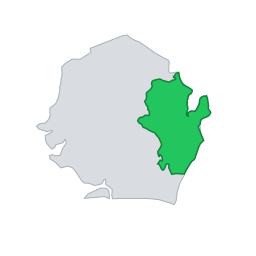 Eastern on a map of Sierra Leone (Albers equal-area conic projection), rotated 339°
{"feature_id": "SLE-790", "entity_name": "Eastern", "entity_type": "Province", "adm_level": 1, "iso_a3": "SLE", "parent_name": "Sierra Leone", "parent_adm1": "", "projection": "albers", "projection_center": [-11.073, 8.208], "detail": "fine", "context": "in_parent", "style": "filled", "palette": "green", "viewbox_px": 256, "rotation_deg": 339, "n_neighbors": 0, "source": "natural_earth", "source_scale": "10m", "svg_char_len": 5292}
<svg xmlns="http://www.w3.org/2000/svg" viewBox="0 0 256 256"><g transform="rotate(339 128 128)"><path d="M212.8,126.0L212.6,127.8L211.0,136.0L208.5,143.0L206.8,144.7L199.6,146.6L196.6,149.7L193.9,159.6L192.3,167.5L189.8,168.8L179.2,180.1L172.3,184.4L167.5,188.1L162.9,192.9L157.2,197.5L151.0,205.4L146.6,213.6L143.6,216.1L141.3,213.8L130.8,205.7L119.8,200.3L96.2,191.2L88.3,188.6L88.6,185.4L91.3,179.6L87.0,172.7L88.7,167.7L87.0,167.7L83.6,170.7L76.4,169.8L71.7,165.5L67.8,163.9L66.1,161.7L63.6,150.4L61.9,145.2L58.3,142.0L51.0,141.2L48.1,134.3L44.1,128.9L44.8,125.6L48.1,125.8L50.6,128.2L54.7,129.2L59.9,123.5L64.5,120.4L65.5,117.6L65.0,116.1L62.2,118.4L54.6,117.8L52.7,119.9L49.3,120.5L46.7,113.7L46.8,109.7L48.0,105.4L55.6,104.6L56.3,103.2L51.0,102.3L44.4,97.1L43.2,93.6L46.5,92.4L49.6,92.9L52.4,93.7L55.3,92.5L58.1,90.6L59.8,88.1L62.1,81.5L69.2,79.3L73.5,75.2L77.5,68.9L79.4,64.5L81.1,62.3L82.1,60.4L82.9,58.3L84.7,56.4L86.6,51.7L87.9,47.4L92.1,45.4L100.5,43.6L108.1,46.7L120.5,44.1L121.1,40.1L132.4,40.0L145.8,40.0L156.9,39.9L160.8,41.0L162.1,44.0L165.8,48.6L169.6,51.9L174.4,59.0L179.9,67.3L185.9,74.7L189.7,78.8L190.2,80.2L189.9,81.8L188.0,85.6L186.4,89.7L186.6,91.3L187.7,92.1L193.9,93.3L194.5,97.9L194.5,104.3L197.6,110.2L200.5,114.5L200.3,116.1L193.3,123.5L190.5,130.9L189.1,133.0L188.6,134.6L190.0,135.4L191.9,134.9L194.7,135.5L197.3,135.7L200.7,133.1L206.5,126.3L208.4,125.5L212.8,126.0ZM86.0,185.8L85.2,187.2L81.5,183.6L62.0,178.0L67.5,175.1L81.0,174.3L85.0,176.0L86.8,177.4L87.5,180.1L86.0,185.8Z" fill="#d9dde1" stroke="#a8b0b8" stroke-width="1"/><path d="M195.3,94.3L195.3,94.5L194.5,97.9L194.2,99.8L194.3,104.0L194.4,104.6L194.9,106.2L194.9,106.4L194.9,107.0L195.1,107.5L195.5,107.7L195.6,107.9L198.0,111.0L198.8,111.6L199.1,112.1L201.5,115.4L201.1,116.6L200.3,117.7L199.3,118.5L198.0,118.6L196.8,118.8L195.7,119.7L194.9,120.9L194.0,122.6L193.1,123.4L192.7,124.1L192.6,124.8L192.6,125.5L192.4,126.0L191.8,126.1L191.0,131.0L190.2,132.4L189.1,133.6L187.8,135.5L187.3,137.4L188.4,138.4L188.8,136.5L189.9,135.3L191.5,134.7L193.4,134.8L194.2,135.2L195.8,136.2L196.4,136.4L197.5,136.0L199.5,134.6L202.8,131.4L203.5,130.5L204.8,127.7L205.4,126.9L206.0,126.3L206.7,125.8L207.6,125.5L209.3,125.3L209.7,125.3L211.2,125.7L211.7,126.0L212.2,126.2L212.8,126.1L212.8,129.0L211.1,136.0L210.1,138.2L210.0,139.5L210.4,141.1L210.8,142.2L210.7,143.3L209.3,144.6L208.2,145.3L207.1,145.6L205.9,145.8L201.4,145.8L200.2,146.0L198.9,146.6L198.1,147.7L196.8,150.1L196.2,150.7L194.7,151.5L194.2,151.9L194.0,152.5L193.9,153.1L194.1,166.9L192.8,167.1L192.4,167.3L189.7,168.7L187.6,170.5L180.0,179.8L179.4,180.5L178.8,181.0L178.0,181.3L175.9,181.8L173.6,183.1L165.2,189.8L164.2,191.1L160.0,189.4L158.6,188.6L156.6,187.8L155.2,187.4L154.5,187.3L153.7,187.2L153.0,187.2L152.4,187.0L152.2,186.8L152.1,186.6L152.2,185.3L152.0,184.0L152.0,182.8L152.0,182.4L151.8,179.8L151.9,179.2L152.0,178.8L153.3,177.4L153.4,177.2L152.6,176.1L152.4,175.9L152.2,175.7L151.9,175.6L151.6,175.5L151.3,175.5L150.9,175.6L150.4,175.8L150.0,176.2L148.2,178.3L146.9,179.4L146.7,179.6L146.4,179.7L146.2,179.8L145.9,179.8L145.6,179.7L145.3,179.6L145.0,179.5L144.8,178.8L144.5,177.6L144.3,174.5L144.0,173.2L143.7,172.4L143.1,172.2L142.9,172.1L144.5,171.0L146.3,169.7L146.5,169.6L146.9,169.8L147.0,170.1L147.3,170.6L147.4,170.8L147.7,170.9L148.0,170.8L148.2,170.7L148.4,170.5L148.7,170.0L148.9,169.5L149.2,168.1L149.3,167.8L149.4,167.6L149.4,167.3L149.4,166.9L148.4,164.4L148.1,164.4L147.9,164.5L147.1,165.7L146.9,165.8L146.7,165.6L146.6,165.1L146.7,163.7L147.2,161.1L147.4,160.8L147.5,160.6L151.2,157.9L151.4,157.7L152.0,157.0L152.5,156.7L152.9,156.3L153.0,156.0L153.3,155.5L153.6,154.3L153.6,153.6L153.6,153.0L153.4,151.5L153.4,149.3L153.2,148.2L151.8,144.3L151.7,144.0L151.6,143.7L151.6,143.4L151.7,143.2L151.5,142.6L151.1,142.0L147.3,138.2L144.9,135.0L143.9,134.1L143.7,134.0L142.5,132.8L142.3,132.5L142.2,132.0L142.1,131.1L142.2,130.1L142.1,129.8L141.9,129.3L141.1,128.4L140.6,127.9L140.2,127.2L139.6,124.8L140.8,123.6L141.7,123.0L142.1,122.8L142.4,122.7L143.1,122.6L143.5,122.6L143.9,122.6L144.8,122.9L145.1,123.0L145.4,123.0L145.7,123.0L148.6,122.3L148.9,122.3L149.1,122.4L149.4,122.5L149.8,122.9L150.0,123.0L150.3,123.1L150.6,123.1L150.9,123.2L151.1,123.3L151.3,123.5L151.5,123.7L151.7,123.8L152.1,123.7L152.4,123.5L152.7,123.1L153.0,122.5L153.7,120.2L153.8,120.0L153.8,119.8L153.7,119.5L153.6,119.3L153.3,118.8L153.2,118.5L153.1,118.2L153.3,117.6L153.8,115.9L153.9,115.3L153.9,114.9L153.9,114.6L153.7,114.3L153.4,113.9L153.3,113.6L153.3,113.3L153.3,111.9L153.1,109.4L153.2,109.2L153.3,109.0L153.6,108.7L154.9,107.9L155.4,107.5L155.7,107.1L155.9,106.8L156.5,105.5L157.5,102.3L157.7,102.0L157.9,101.8L158.4,101.5L162.5,100.1L163.0,99.8L164.7,98.7L165.1,98.3L165.4,97.9L165.5,97.6L165.6,97.3L165.6,97.0L165.7,95.9L165.9,95.3L166.1,94.7L166.7,93.8L166.9,93.6L167.1,93.3L167.4,93.1L168.0,92.9L168.4,92.8L168.8,92.7L174.6,93.5L175.1,93.6L175.4,93.8L176.2,94.5L177.3,95.9L177.7,96.3L178.3,96.7L182.0,99.3L182.7,99.8L183.1,99.9L183.5,99.9L184.2,99.8L185.8,99.3L186.2,99.3L186.5,99.3L187.8,99.6L188.5,99.6L189.3,99.6L189.6,99.4L190.0,99.2L190.3,98.6L190.3,98.3L190.2,98.0L189.1,97.5L188.9,97.3L188.7,97.1L188.7,96.9L188.7,96.7L192.1,94.5L193.1,94.3L195.3,94.3L195.3,94.3Z" fill="#22c55e" stroke="#15803d" stroke-width="1.5"/></g></svg>